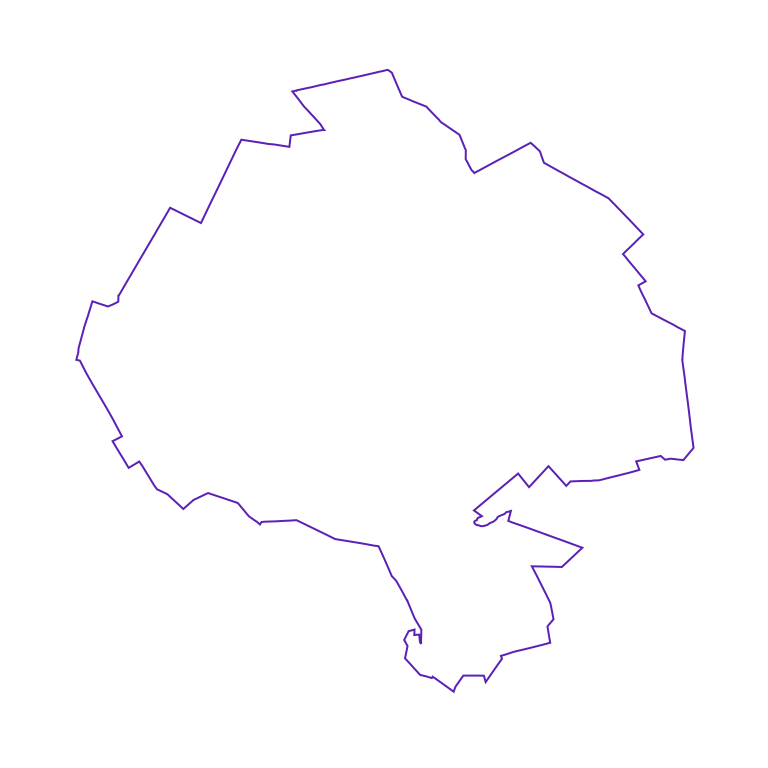 Vectilžas pag., Balvu, Latvia (Albers equal-area conic projection), rotated 265°
{"feature_id": "27541924B22199662205944", "entity_name": "Vectilžas pag.", "entity_type": "district", "adm_level": 2, "iso_a3": "LVA", "parent_name": "Latvia", "parent_adm1": "Balvu", "projection": "albers", "projection_center": [27.36, 56.987], "detail": "fine", "context": "isolated", "style": "outline", "palette": "violet", "viewbox_px": 768, "rotation_deg": 265, "n_neighbors": 0, "source": "geoboundaries", "source_scale": "gbopen_adm2", "svg_char_len": 5685}
<svg xmlns="http://www.w3.org/2000/svg" viewBox="0 0 768 768"><g transform="rotate(265 384 384)"><path d="M607.4,541.4L607.3,541.2L604.8,535.5L602.1,529.2L598.8,521.3L592.8,507.4L586.5,492.8L586.3,492.3L587.2,491.8L587.8,491.3L588.9,490.3L589.2,490.0L590.5,489.4L594.9,487.5L595.8,487.2L596.3,487.0L596.8,486.8L598.6,486.0L600.5,485.1L600.9,485.0L601.2,485.0L601.4,485.0L604.2,485.3L607.0,485.6L610.0,485.9L611.4,485.3L618.0,483.3L625.5,481.0L625.9,480.7L627.7,478.5L629.2,476.7L630.6,474.9L631.2,474.2L631.7,473.6L632.6,472.4L633.6,471.3L635.3,469.2L637.0,467.2L638.5,465.3L640.0,463.4L642.7,461.6L644.1,460.4L654.3,452.1L656.5,450.6L661.9,439.9L663.3,437.1L664.8,434.4L666.0,432.1L667.2,429.7L667.8,428.6L668.4,427.4L668.5,427.3L668.6,427.2L668.8,427.0L674.3,425.2L676.8,424.3L679.4,423.5L681.2,422.9L683.1,422.3L684.6,421.8L686.1,421.3L688.6,420.5L691.2,419.7L692.3,419.3L693.4,419.0L693.5,418.9L693.7,418.7L694.5,417.7L695.4,416.7L696.0,415.9L696.6,415.1L696.6,414.9L696.6,414.7L695.9,410.0L695.3,405.2L695.2,404.9L695.2,404.6L693.6,393.5L692.1,382.5L692.0,382.2L691.5,377.8L690.9,373.7L690.7,372.2L690.5,370.7L690.4,370.4L690.4,370.0L690.2,368.0L689.9,365.9L689.6,363.3L689.2,360.8L689.0,358.9L688.7,357.0L688.1,353.2L687.5,349.3L687.6,348.8L687.6,348.3L685.9,337.1L685.6,334.1L684.2,323.0L683.8,322.5L684.0,322.3L683.7,320.2L683.4,318.2L679.2,321.0L675.0,323.7L671.2,326.1L667.4,328.5L665.4,330.1L663.3,331.8L659.9,334.4L656.4,337.1L652.9,339.8L649.4,342.5L648.8,342.9L648.1,343.4L645.5,344.7L642.8,346.1L642.7,346.1L642.3,346.3L642.2,346.4L642.2,346.1L642.3,345.8L642.3,345.0L642.3,344.2L642.1,341.2L641.9,338.1L641.5,333.2L641.1,328.2L640.4,320.5L639.8,312.8L634.2,311.6L628.5,310.4L632.3,295.1L633.2,289.8L635.5,280.8L639.2,265.6L639.8,263.2L630.9,257.6L612.7,246.8L597.4,237.8L580.1,227.4L560.3,215.7L568.8,201.7L578.2,186.3L567.6,178.8L548.1,165.0L529.8,152.0L510.2,138.1L494.9,127.3L495.0,127.1L489.3,126.5L489.1,126.4L486.9,120.9L485.3,115.8L488.5,108.2L491.8,100.7L488.3,99.3L479.7,95.8L478.3,95.3L473.1,93.0L467.2,90.5L465.5,89.9L458.4,87.3L451.8,84.9L447.3,83.2L445.8,82.8L443.8,82.4L443.1,82.4L442.1,82.2L434.9,79.6L434.7,80.3L433.8,83.1L420.5,88.5L410.6,93.0L391.9,101.9L384.3,105.5L372.7,110.8L354.7,118.4L352.9,114.1L350.7,108.6L347.8,110.0L336.2,115.7L330.2,118.7L322.7,122.3L328.1,133.4L323.6,136.0L302.7,146.4L298.9,148.7L297.1,151.8L293.1,158.6L277.0,173.2L280.2,177.6L285.0,184.0L287.3,190.1L290.7,199.2L289.2,202.6L283.4,216.1L278.2,228.0L264.1,237.8L263.3,238.7L261.3,241.0L261.2,241.2L260.5,242.0L259.7,242.9L258.7,244.2L257.7,245.5L256.3,246.8L254.9,248.2L256.1,249.1L257.2,250.0L257.2,251.1L257.2,252.3L257.2,253.0L257.2,253.8L256.6,264.6L256.4,272.1L256.1,278.9L256.0,284.8L254.6,287.3L237.0,316.6L233.8,321.8L232.6,326.5L230.0,336.8L226.6,350.1L223.9,359.8L222.9,364.4L216.3,366.8L209.7,369.1L195.7,373.8L192.1,374.9L186.9,379.0L175.4,384.2L166.2,388.1L166.3,388.3L152.8,392.5L147.9,394.1L147.4,394.3L135.9,399.8L135.2,399.7L121.8,398.2L123.8,397.4L131.2,397.2L131.4,394.3L131.3,394.0L131.3,392.3L136.7,393.0L135.6,387.0L127.3,381.8L120.9,384.6L116.8,383.4L113.4,382.4L108.9,381.0L107.1,382.4L104.0,384.8L97.1,390.0L91.0,394.7L89.2,400.2L89.1,400.5L87.3,404.9L86.9,406.0L88.2,406.9L85.5,410.3L85.5,410.5L85.1,410.7L71.4,426.6L76.0,428.7L76.2,428.8L86.6,437.6L85.3,452.4L84.7,458.1L78.2,459.3L93.0,471.6L99.9,477.5L100.0,477.6L103.0,476.8L103.9,481.5L105.5,488.3L106.1,491.2L106.9,497.0L108.4,506.9L109.6,514.3L110.9,522.4L111.6,526.0L111.7,527.0L128.1,525.7L129.3,526.7L134.9,532.4L137.7,532.1L140.2,531.8L141.8,531.7L151.4,530.6L162.0,526.5L180.1,519.3L189.5,515.4L187.0,538.5L186.2,545.2L194.2,555.4L203.6,567.3L209.0,555.8L214.1,544.9L214.2,544.6L215.4,542.0L223.7,524.2L227.7,515.6L229.3,512.1L231.3,507.8L234.6,500.3L236.8,495.9L246.4,499.3L246.2,498.3L246.3,498.3L246.1,497.8L245.9,496.6L245.9,495.4L245.7,494.7L244.6,493.5L244.1,492.7L243.5,491.1L243.1,489.4L242.7,488.5L241.9,486.2L241.3,485.4L240.0,484.7L238.9,483.3L237.5,481.4L237.2,480.4L236.6,478.7L236.3,477.5L235.5,476.2L234.6,474.8L234.4,473.8L234.3,472.8L233.8,471.0L233.8,470.3L233.9,468.5L234.1,467.6L234.7,466.8L235.0,465.6L235.1,465.1L235.4,464.7L235.4,464.4L235.5,464.0L236.2,463.1L237.1,462.1L238.2,461.8L239.1,462.0L239.9,463.2L240.1,464.4L240.6,464.8L241.8,465.2L242.4,465.9L243.1,467.9L243.2,468.5L243.8,470.0L243.9,469.9L250.2,462.6L261.3,478.5L272.8,495.0L283.1,509.8L268.6,519.5L281.0,533.2L287.8,540.7L275.8,549.8L266.6,556.7L266.8,556.9L270.7,561.2L270.1,573.4L269.4,582.6L269.6,583.6L269.6,583.8L269.3,589.8L271.7,604.5L272.3,608.6L272.9,612.2L273.5,615.9L274.2,620.4L275.0,624.8L275.6,627.9L276.2,630.9L280.6,629.7L284.9,628.5L286.8,642.8L288.2,653.4L284.1,657.4L284.6,663.3L283.2,670.0L282.1,675.6L289.7,683.1L293.4,686.8L315.1,685.8L329.9,685.4L338.3,685.1L344.8,684.8L347.1,684.7L350.4,684.6L353.7,684.4L364.2,684.1L368.3,683.9L378.1,683.4L379.0,683.4L382.1,683.2L382.4,683.2L382.7,683.5L383.3,683.6L383.5,683.6L384.7,683.7L385.0,683.7L396.8,685.8L410.6,688.4L415.5,680.7L417.7,677.7L420.5,673.2L423.9,667.8L431.1,656.7L441.6,652.8L445.9,651.2L450.4,649.4L455.5,647.5L460.1,646.0L463.5,653.6L467.0,651.2L472.0,647.7L476.7,644.5L485.9,638.0L488.6,636.3L490.6,634.9L492.6,633.4L495.7,637.1L498.7,640.9L502.7,645.8L506.7,650.6L508.6,653.0L510.4,655.3L513.6,652.8L516.7,650.3L520.0,647.7L523.3,645.1L531.2,638.7L535.7,635.1L539.3,632.1L543.1,629.1L549.5,623.8L551.7,620.5L553.6,617.7L557.7,611.3L559.0,609.4L563.6,602.6L565.8,599.2L567.5,596.7L573.9,587.0L575.9,584.2L577.1,582.4L578.3,580.6L578.6,580.1L590.4,562.7L590.5,562.6L590.9,562.5L596.5,561.0L602.2,559.6L605.8,556.4L607.7,554.7L611.5,551.1L607.4,541.4Z" fill="none" stroke="#5b21b6" stroke-width="2"/></g></svg>